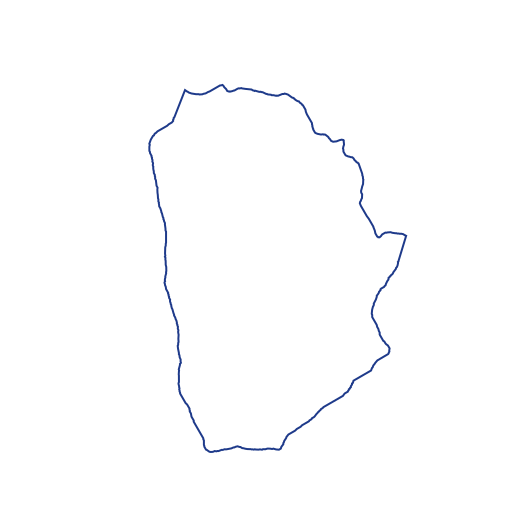 outline of Palmeras, Alajuela, Costa Rica, rotated 330°
{"feature_id": "36466004B65263454965640", "entity_name": "Palmeras", "entity_type": "district", "adm_level": 2, "iso_a3": "CRI", "parent_name": "Costa Rica", "parent_adm1": "Alajuela", "projection": "orthographic", "projection_center": [-84.433, 10.047], "detail": "fine", "context": "isolated", "style": "outline", "palette": "blue", "viewbox_px": 512, "rotation_deg": 330, "n_neighbors": 0, "source": "geoboundaries", "source_scale": "gbopen_adm2", "svg_char_len": 6108}
<svg xmlns="http://www.w3.org/2000/svg" viewBox="0 0 512 512"><g transform="rotate(330 256 256)"><path d="M277.5,76.8L255.6,94.3L254.7,95.0L253.7,95.3L253.2,96.1L252.2,96.7L251.8,97.6L249.8,98.3L246.4,98.3L244.2,98.8L233.0,98.8L230.9,99.4L229.7,99.4L228.8,99.8L227.9,100.5L226.8,100.5L223.1,102.6L219.7,105.5L219.6,106.6L218.3,108.0L216.2,111.7L216.2,112.8L215.7,113.9L215.6,117.2L215.1,117.8L215.1,118.9L214.5,119.8L214.4,120.9L213.9,121.9L213.4,122.5L213.4,123.6L213.0,124.6L212.2,125.4L211.8,126.3L211.7,127.4L211.0,128.3L210.2,130.2L210.0,131.2L209.0,133.1L208.9,135.3L208.3,136.2L208.2,137.2L207.5,138.1L207.2,139.2L207.2,140.3L205.0,145.4L204.9,147.6L203.8,149.1L202.3,152.0L201.5,154.0L200.0,157.0L199.8,158.1L198.7,160.0L198.7,161.1L198.2,161.7L197.9,162.7L197.0,164.6L197.0,166.9L196.3,170.0L195.9,170.9L195.9,172.0L194.8,175.7L194.8,176.9L194.2,177.8L194.2,178.9L193.8,179.8L193.6,182.0L193.0,182.9L191.4,186.8L190.4,188.7L190.3,189.9L184.7,199.6L184.1,200.1L183.0,201.9L181.8,203.0L178.4,208.5L177.6,210.5L176.7,211.1L176.7,212.2L175.6,214.0L175.4,214.9L173.4,218.5L172.8,220.6L170.8,224.2L170.0,225.0L169.6,226.0L167.2,228.4L166.7,229.4L165.9,230.1L164.9,231.4L164.7,232.4L163.8,232.9L163.3,233.5L163.2,234.5L162.7,235.6L162.4,237.7L161.6,239.6L161.5,244.1L161.0,244.6L161.0,245.8L160.4,246.7L160.4,247.8L159.8,248.7L159.8,250.9L159.1,251.8L158.7,252.8L158.6,253.9L158.1,255.0L158.1,256.1L157.6,257.0L157.3,258.1L157.0,259.1L157.0,260.3L155.9,264.5L155.8,265.7L155.3,266.6L155.3,268.8L154.8,270.8L154.8,272.0L154.2,274.1L153.6,275.0L153.6,276.1L153.1,277.0L153.1,278.1L151.9,279.9L151.8,281.0L151.4,281.9L150.8,282.5L150.3,283.5L149.6,285.5L147.4,288.8L145.9,291.8L145.2,292.3L144.1,294.1L143.3,294.6L142.1,297.4L140.7,301.6L140.1,302.5L140.1,303.6L139.2,305.7L139.0,307.9L137.9,309.7L137.7,310.7L137.2,311.2L136.2,311.4L135.7,312.3L132.4,315.6L132.2,316.6L131.7,317.2L129.9,319.9L129.5,320.9L126.2,326.7L125.3,327.4L124.9,328.2L124.3,330.3L123.8,331.2L123.6,332.3L122.8,333.1L122.6,334.2L122.1,335.0L122.0,336.2L121.5,337.2L121.5,348.4L121.9,349.4L122.1,350.5L122.1,355.0L121.5,355.9L121.4,356.9L120.9,357.5L120.9,359.8L119.8,362.9L119.8,367.4L119.2,368.3L119.2,387.5L118.7,388.5L118.7,389.6L116.4,393.6L116.3,394.6L115.9,395.3L115.9,398.7L116.4,399.3L117.7,402.1L118.5,402.9L120.4,403.9L121.5,404.2L122.6,404.2L124.1,405.4L125.1,405.6L126.0,406.2L129.3,406.7L130.2,407.3L132.3,407.7L133.2,408.4L134.2,408.8L138.5,410.3L140.7,410.5L141.7,411.0L142.9,411.0L144.9,411.6L146.2,413.1L147.0,413.6L148.0,415.5L148.9,416.1L150.3,417.5L152.0,418.9L154.8,420.6L155.6,421.4L156.5,421.8L157.3,422.6L158.4,422.8L158.9,423.4L161.6,425.1L162.7,425.4L164.4,426.8L165.5,426.8L167.4,428.0L169.6,428.5L170.5,429.0L172.3,430.2L172.8,430.7L173.7,431.3L174.7,431.5L176.6,433.5L179.0,435.2L181.2,435.2L182.6,433.9L185.5,432.7L186.1,431.7L186.9,431.3L188.1,430.2L191.0,428.8L191.8,428.0L194.8,426.8L202.6,426.8L204.8,426.2L209.3,426.2L211.3,425.6L219.2,425.6L220.1,425.1L222.4,425.1L223.3,424.5L225.5,424.5L226.5,424.3L229.5,423.0L230.6,422.8L231.4,422.3L232.6,422.2L233.6,421.7L234.7,421.7L235.6,421.1L237.8,421.0L238.8,420.6L261.4,420.6L263.3,419.7L264.3,419.4L267.7,419.4L268.2,418.9L269.3,418.5L269.8,417.8L270.9,417.8L271.5,417.2L272.5,417.1L273.0,416.2L274.9,415.3L275.4,414.4L276.5,414.3L278.1,412.7L298.4,412.7L300.4,411.0L301.3,410.8L302.8,409.5L304.9,408.7L305.8,408.2L308.9,407.1L321.3,407.0L322.1,406.7L322.8,405.9L323.7,405.5L324.1,404.5L325.5,402.8L325.5,399.5L324.6,397.4L324.4,396.3L324.4,394.1L323.8,393.2L323.8,386.4L324.0,385.4L324.7,384.5L324.9,383.4L324.9,382.3L325.5,380.3L325.5,378.0L326.1,376.0L326.1,367.0L327.2,365.1L327.3,364.0L329.7,360.6L332.1,358.2L333.0,357.8L333.8,357.0L334.2,356.1L338.1,353.6L340.2,351.7L340.7,350.8L343.5,349.6L344.7,348.5L346.7,347.9L347.1,347.1L348.1,346.8L351.5,346.8L352.4,346.3L353.5,346.2L354.6,345.1L357.1,343.4L358.9,342.6L360.0,341.1L361.1,341.1L361.7,340.6L362.8,340.5L363.7,340.0L364.8,340.0L365.9,339.5L366.7,338.8L370.7,337.1L371.4,336.3L372.5,336.0L373.9,334.9L375.7,332.9L375.9,332.1L376.8,331.8L377.3,331.2L396.1,313.6L395.7,313.1L395.6,312.7L395.3,312.5L394.4,310.7L392.9,309.3L391.7,308.7L390.7,307.8L389.5,307.1L388.9,306.4L388.1,306.0L385.6,304.0L384.5,302.7L381.6,301.3L380.7,301.1L379.7,300.4L376.0,300.4L374.0,301.3L372.3,301.6L371.2,300.9L371.2,300.4L370.7,299.8L370.7,296.1L371.6,293.3L372.1,289.7L372.3,289.3L372.3,280.1L371.9,276.9L371.9,264.9L372.3,262.2L373.5,261.0L374.3,260.7L375.5,259.6L376.7,258.9L378.8,255.6L378.8,253.8L379.5,252.2L382.0,249.7L382.5,249.1L384.7,247.2L386.8,243.9L387.1,243.7L387.3,242.6L388.2,240.8L388.5,239.0L388.8,238.7L389.2,237.4L391.1,227.2L390.8,226.8L390.8,226.1L390.0,225.1L389.7,223.1L389.3,222.5L389.3,220.3L388.8,218.7L387.4,217.7L386.5,216.6L385.7,216.0L384.0,213.7L383.9,213.0L383.9,209.4L385.0,207.2L385.0,206.5L386.4,204.9L387.9,203.6L388.8,201.7L389.0,201.0L389.7,200.0L389.7,199.3L388.4,198.1L386.5,197.5L383.1,197.0L379.9,195.6L378.6,193.8L378.5,191.8L378.1,190.5L378.1,189.0L376.8,185.8L376.4,185.2L375.3,184.7L374.9,184.1L373.0,183.3L370.3,180.9L369.0,179.2L368.8,178.6L368.8,175.0L369.1,174.6L369.2,173.3L369.5,172.8L369.5,172.1L370.2,170.9L370.2,170.2L370.9,168.9L370.9,158.8L371.3,156.0L372.0,154.0L372.0,148.9L371.6,148.3L371.5,146.9L370.6,145.0L370.5,143.6L369.4,142.6L368.4,140.8L368.1,140.1L368.0,139.4L367.7,139.0L367.7,138.3L367.4,137.7L366.8,137.3L366.4,136.7L364.4,132.2L363.1,130.7L361.9,129.6L361.1,129.6L359.9,128.9L355.1,128.2L354.3,127.5L353.6,127.4L351.7,125.6L349.9,124.5L349.6,123.8L347.3,122.2L346.8,121.7L346.5,121.1L345.9,120.8L343.8,117.7L343.1,117.0L342.5,116.7L342.2,116.1L340.9,115.5L337.9,112.4L337.2,112.3L337.0,111.8L336.0,110.9L335.4,109.6L330.4,106.0L327.6,103.8L327.3,103.3L325.4,102.6L325.0,102.2L323.7,101.9L320.1,101.9L319.5,101.6L318.1,101.4L316.0,100.8L315.7,100.4L315.0,100.3L313.6,98.7L313.6,96.5L312.9,93.9L312.9,92.5L312.5,91.1L310.8,90.7L310.2,90.3L298.0,90.3L296.6,90.0L293.7,90.0L291.7,89.3L290.3,89.1L287.7,87.8L287.4,87.3L285.1,86.0L281.4,83.0L279.5,80.8L279.0,79.6L278.5,79.0L277.5,76.8Z" fill="none" stroke="#1e3a8a" stroke-width="2"/></g></svg>